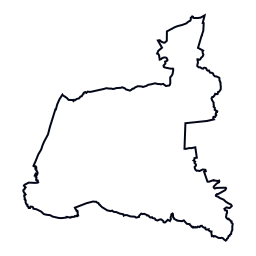 outline of Sawankhalok, Sukhothai, Thailand
{"feature_id": "78962969B82720870655259", "entity_name": "Sawankhalok", "entity_type": "district", "adm_level": 2, "iso_a3": "THA", "parent_name": "Thailand", "parent_adm1": "Sukhothai", "projection": "mercator", "projection_center": [99.858, 17.328], "detail": "fine", "context": "isolated", "style": "outline", "palette": "ink", "viewbox_px": 256, "rotation_deg": 0, "n_neighbors": 0, "source": "geoboundaries", "source_scale": "gbopen_adm2", "svg_char_len": 5818}
<svg xmlns="http://www.w3.org/2000/svg" viewBox="0 0 256 256"><path d="M219.1,180.6L217.6,181.0L215.3,180.6L213.6,180.6L213.5,180.1L209.1,181.7L207.5,181.7L204.1,171.8L205.8,171.2L205.4,169.8L202.6,169.5L199.6,171.0L197.6,170.6L196.8,170.8L195.7,170.0L195.0,168.8L194.6,167.0L195.9,165.7L196.0,164.8L195.4,163.8L194.5,162.9L194.6,162.4L195.1,161.6L193.5,160.5L194.2,159.8L194.5,158.1L196.8,157.7L195.3,147.3L191.0,148.2L189.6,148.0L185.7,148.9L184.5,148.8L185.4,123.2L206.7,121.0L213.9,119.4L213.3,118.5L213.2,117.2L213.8,116.8L215.2,116.9L215.4,116.1L215.9,115.7L216.3,115.0L215.6,114.1L216.1,112.7L217.0,112.2L217.3,111.4L217.1,111.1L216.0,110.9L215.5,110.1L214.7,109.8L214.8,107.8L213.6,106.7L213.9,105.4L213.5,103.9L213.7,102.8L212.2,100.4L211.5,98.5L212.2,97.0L213.4,96.9L213.9,96.0L214.4,95.7L215.2,93.8L217.1,94.2L217.6,94.0L218.1,92.0L219.1,91.7L220.7,89.4L220.8,86.8L220.5,84.1L220.5,82.4L220.0,81.9L219.9,81.0L219.5,80.5L219.4,78.0L219.0,77.6L216.3,76.4L215.3,76.4L214.6,76.1L213.6,75.1L213.0,73.4L211.6,72.7L210.9,72.8L209.9,72.5L209.0,70.5L208.0,70.7L207.4,70.5L206.6,69.6L206.4,68.8L205.8,68.0L204.6,67.7L203.8,67.9L203.1,68.7L201.6,68.3L200.2,67.3L198.8,67.3L197.3,66.1L197.4,64.2L198.0,62.7L197.4,59.3L197.7,59.2L199.2,59.8L200.2,59.4L201.1,57.8L202.6,56.5L203.4,54.7L202.7,53.0L202.5,51.5L203.1,50.6L198.0,47.9L201.5,36.0L202.0,35.5L201.9,35.0L203.3,30.7L203.7,23.2L202.7,23.0L204.6,15.4L200.6,17.6L198.1,18.0L193.9,18.0L192.8,17.5L193.0,16.8L192.2,16.4L190.7,18.0L190.8,19.6L190.3,20.7L188.3,21.7L186.3,23.4L182.4,24.9L177.6,26.1L175.0,27.1L166.9,31.4L166.8,40.8L164.8,42.6L163.9,42.7L162.3,42.1L160.8,41.3L160.1,40.5L159.6,40.2L157.9,40.5L162.0,47.7L158.4,50.7L157.1,53.6L158.4,54.1L159.1,55.5L159.7,59.6L161.2,59.1L161.9,58.3L163.5,57.6L164.8,57.4L166.4,57.8L167.2,59.1L167.5,60.2L167.0,60.8L165.1,61.6L165.4,63.6L163.5,65.6L163.5,65.9L163.9,66.5L163.9,67.0L165.3,67.6L170.8,68.7L172.9,68.6L173.2,68.9L173.2,70.5L172.5,74.2L171.8,75.5L170.2,77.4L170.3,83.2L169.8,84.9L169.2,85.5L165.9,86.0L163.2,83.9L160.8,84.4L160.2,84.1L157.5,84.0L155.8,83.4L154.1,83.5L151.2,84.3L148.6,84.7L147.6,85.1L146.7,85.8L142.9,87.0L141.9,86.5L137.9,86.2L135.1,87.4L133.6,88.7L132.8,88.6L132.1,89.0L131.5,89.7L130.0,90.6L125.9,89.4L124.8,88.3L122.3,87.3L120.7,87.8L116.2,88.1L114.6,88.7L112.8,89.0L111.4,88.6L109.3,88.6L106.4,88.2L103.6,89.0L90.9,91.8L89.5,91.9L87.7,91.6L86.3,92.9L85.4,92.1L84.9,92.4L84.3,92.4L83.7,93.0L83.5,93.9L83.0,94.1L81.7,96.3L80.5,96.5L79.0,98.4L76.6,99.0L75.1,100.2L74.5,100.1L73.7,100.8L73.5,100.0L72.8,100.4L72.4,100.0L68.6,99.9L66.8,97.9L62.7,95.2L62.4,94.7L59.5,99.2L57.2,104.4L55.9,109.4L55.4,109.3L49.9,127.0L48.0,134.4L44.2,141.5L42.5,145.4L41.2,149.5L38.3,154.4L35.0,162.6L34.5,163.3L34.3,164.2L33.8,165.1L33.8,165.6L33.5,165.8L33.5,166.1L34.7,166.6L35.5,166.3L35.8,167.0L36.2,167.1L36.3,168.0L35.4,168.3L35.3,168.7L35.8,169.8L36.7,170.3L36.8,171.5L37.6,172.4L37.5,173.7L37.2,174.4L35.7,173.6L34.9,175.4L35.9,175.4L36.3,175.6L35.6,176.8L36.5,177.4L36.1,179.9L36.5,180.4L37.6,180.3L37.8,180.8L37.7,181.6L38.2,182.2L37.7,182.7L34.8,182.9L28.8,182.6L24.5,184.8L23.9,185.7L25.1,186.9L24.9,187.2L25.0,187.5L25.4,187.6L24.7,188.5L24.5,189.3L23.5,189.8L23.3,191.0L24.3,193.0L25.1,193.5L25.1,194.4L25.5,194.6L25.0,195.2L24.2,195.4L24.2,196.1L24.8,198.2L24.6,199.0L25.0,199.2L25.0,199.9L25.7,200.3L25.6,202.5L26.6,204.6L27.4,204.7L27.4,206.1L28.2,206.7L28.7,208.0L30.0,208.0L30.5,206.6L32.4,206.8L33.1,207.4L33.4,208.7L36.5,209.3L39.8,210.9L41.0,211.5L43.9,214.1L46.2,214.7L50.2,215.2L52.7,216.6L58.9,218.0L61.9,218.1L66.5,217.5L66.6,216.9L69.6,217.4L70.3,217.3L70.4,217.6L71.6,217.1L71.9,216.8L73.0,216.9L74.6,216.7L74.9,216.1L76.0,216.2L76.2,215.8L76.9,215.5L77.4,216.1L78.2,215.6L77.6,213.4L77.7,212.0L77.2,211.5L77.5,211.0L77.0,210.6L76.5,210.6L76.5,210.2L76.0,209.5L75.7,209.4L74.9,207.7L86.8,203.1L93.2,201.5L95.0,201.8L96.1,201.7L97.4,202.8L98.2,202.9L98.7,203.5L99.1,204.4L99.9,204.8L100.2,205.4L102.0,207.1L107.3,210.4L110.7,211.1L112.1,210.6L113.6,211.8L116.4,212.1L119.5,213.5L123.3,214.3L123.7,215.6L124.5,215.1L126.9,215.1L130.3,216.4L134.9,216.7L136.1,217.6L139.0,216.9L139.0,216.1L139.7,215.1L141.3,213.6L142.7,214.1L144.1,213.8L147.1,215.1L147.2,215.5L148.3,215.5L150.1,217.4L150.9,217.5L152.0,217.2L152.6,218.1L154.6,218.4L155.1,218.8L155.5,219.8L156.2,220.1L157.6,220.5L158.8,219.8L160.9,219.3L162.3,220.2L163.3,221.1L163.5,222.1L164.3,222.5L165.2,222.4L167.8,219.8L169.9,221.0L170.9,219.1L170.6,217.6L171.4,215.1L171.3,214.4L172.5,213.5L172.9,213.9L173.2,217.5L173.8,217.8L174.1,218.8L175.8,219.8L176.8,220.1L177.1,220.6L181.9,221.2L183.8,220.4L186.7,223.7L188.6,224.1L189.6,224.1L189.8,224.7L191.6,226.4L191.7,226.8L192.5,226.8L193.0,227.6L193.5,227.5L193.8,227.0L195.0,227.5L195.5,227.0L196.9,227.5L197.8,226.6L199.6,227.1L200.5,225.9L201.9,225.8L202.2,226.5L203.4,227.3L204.3,227.7L205.3,227.7L205.4,228.8L206.2,229.6L208.5,229.3L208.3,229.8L208.6,230.4L209.9,231.0L210.3,231.5L211.5,231.5L211.4,233.2L211.9,236.2L213.8,236.0L213.9,236.5L215.3,236.2L218.5,237.9L220.7,238.0L221.6,237.8L222.8,238.1L223.7,239.2L225.7,240.6L226.6,239.8L227.0,238.7L228.0,238.0L228.6,236.0L229.7,235.7L230.0,234.6L231.1,234.0L231.3,232.2L232.3,229.9L232.3,226.5L232.7,223.9L232.0,223.0L231.4,222.6L231.6,221.4L230.4,220.8L230.2,220.2L229.1,219.7L228.7,218.7L228.1,218.7L227.6,219.0L226.3,217.7L226.0,216.9L226.3,215.8L226.4,214.1L227.1,212.8L226.9,210.6L225.1,210.3L224.4,208.9L225.7,207.9L226.6,207.4L229.2,208.1L229.7,208.0L231.7,206.2L231.8,205.8L230.9,204.5L228.5,203.4L225.8,201.7L223.6,199.6L220.0,198.1L218.2,196.8L216.2,196.1L215.9,195.8L215.9,195.1L216.8,194.2L218.6,193.8L225.2,190.1L226.1,188.4L225.8,187.8L224.8,187.7L216.6,187.9L214.8,188.5L213.9,187.8L213.6,187.1L214.1,186.2L216.8,183.4L219.0,182.3L219.3,181.5L219.1,180.6Z" fill="none" stroke="#020617" stroke-width="2"/></svg>